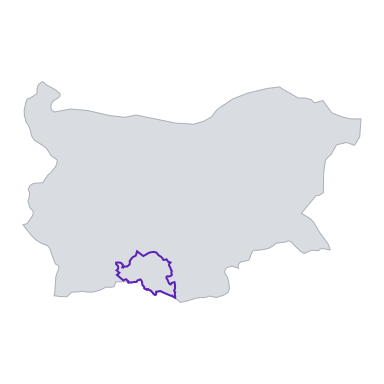 where Smolyan sits in Bulgaria
{"feature_id": "BGR-2236", "entity_name": "Smolyan", "entity_type": "Province", "adm_level": 1, "iso_a3": "BGR", "parent_name": "Bulgaria", "parent_adm1": "", "projection": "mercator", "projection_center": [24.659, 41.628], "detail": "fine", "context": "in_parent", "style": "outline", "palette": "violet", "viewbox_px": 384, "rotation_deg": 0, "n_neighbors": 0, "source": "natural_earth", "source_scale": "10m", "svg_char_len": 3851}
<svg xmlns="http://www.w3.org/2000/svg" viewBox="0 0 384 384"><path d="M330.1,249.9L322.7,248.6L320.2,249.0L318.5,250.8L315.1,250.4L310.9,250.4L306.5,252.5L304.1,253.4L300.8,251.5L294.8,245.8L291.1,241.8L288.4,240.8L285.6,242.0L275.8,243.3L273.4,245.7L268.9,248.2L264.3,249.4L257.8,250.3L254.3,250.2L252.4,251.4L250.7,255.1L249.6,258.8L248.7,260.2L240.5,262.0L238.7,264.1L238.2,266.2L238.4,268.2L231.8,266.2L226.8,267.6L225.6,269.1L224.6,271.4L225.1,273.8L227.0,276.1L228.8,282.3L229.4,288.6L228.3,292.2L224.6,294.7L216.8,297.5L209.3,296.1L206.0,297.3L200.5,297.6L195.4,298.3L187.5,300.9L180.4,302.4L174.1,297.2L166.5,293.6L158.5,291.5L155.8,293.1L154.6,294.3L147.9,289.7L145.0,288.0L143.5,286.3L140.8,280.1L139.1,279.9L133.6,282.2L128.4,282.1L125.2,281.7L115.7,281.9L114.5,286.1L113.3,286.8L111.3,287.3L106.2,287.1L99.8,290.2L92.9,292.1L87.6,292.1L82.0,291.2L78.7,291.9L71.5,292.2L67.0,296.7L59.9,296.5L54.0,295.7L54.7,294.3L55.9,276.3L58.9,268.2L58.8,266.5L58.1,265.3L55.5,264.0L53.6,259.6L49.7,248.1L47.5,245.7L41.4,243.3L36.0,240.0L31.4,235.6L23.0,224.7L27.3,223.6L28.5,221.4L32.8,215.4L33.2,212.4L32.8,210.8L30.0,207.9L28.0,201.6L29.5,195.6L29.6,192.6L28.2,189.6L29.7,185.8L32.7,183.8L34.6,183.2L42.6,182.8L47.7,175.2L50.8,172.8L54.0,168.5L55.4,167.0L56.8,163.6L57.3,160.2L51.0,155.5L48.8,151.9L46.0,147.9L42.1,145.1L34.4,140.4L31.4,135.6L30.1,129.4L28.0,124.6L25.8,121.6L25.4,119.0L24.4,116.0L24.2,109.9L26.0,101.8L27.2,99.0L29.8,98.2L36.8,93.9L37.1,88.3L38.3,84.9L40.6,82.9L42.6,81.6L46.4,84.8L55.6,89.9L60.1,93.7L59.9,96.0L57.8,98.3L53.8,100.5L51.4,103.5L50.8,107.1L51.4,109.7L54.2,112.0L70.7,109.0L87.5,110.5L110.0,115.6L125.0,117.3L136.0,115.0L156.5,119.2L175.5,123.1L193.8,124.2L204.0,121.2L211.2,117.0L217.4,109.3L232.7,99.0L247.5,93.2L266.9,88.5L279.8,86.9L281.7,88.5L298.2,98.0L305.5,98.0L311.4,99.7L313.6,102.2L315.1,102.8L323.0,100.5L326.5,105.7L332.0,112.9L341.3,116.6L349.6,118.7L352.2,119.0L361.0,118.9L359.7,136.9L354.5,145.3L346.6,142.5L336.5,144.8L331.2,154.3L328.1,157.1L325.4,160.4L323.7,172.6L323.3,192.7L319.4,195.1L315.9,195.8L301.4,213.4L309.8,218.3L313.5,222.0L319.6,232.4L328.3,244.2L330.1,249.9Z" fill="#d9dde1" stroke="#a8b0b8" stroke-width="1"/><path d="M128.7,282.8L128.2,282.6L128.1,282.2L128.3,281.6L128.2,281.0L127.1,280.3L126.3,279.3L125.3,279.4L124.3,279.9L123.4,280.4L116.9,274.9L118.3,274.0L119.4,272.7L117.9,271.7L117.4,270.8L116.6,270.4L118.2,268.7L118.1,266.4L117.3,265.3L116.3,264.5L116.1,262.7L118.1,262.4L120.8,262.8L122.9,264.8L122.7,266.1L122.3,267.4L123.3,267.5L124.3,266.5L127.4,266.4L129.7,264.3L129.8,260.9L132.1,257.7L133.6,256.7L135.7,255.7L136.5,253.3L137.1,251.3L143.2,256.0L145.7,254.8L148.4,253.0L151.2,252.2L153.9,251.9L156.5,252.6L158.5,255.2L160.9,256.7L162.2,257.9L163.3,259.9L165.0,259.8L166.5,259.3L168.5,262.1L169.6,262.1L170.5,262.5L169.5,263.6L168.9,265.0L169.5,266.3L170.4,267.6L171.0,270.0L171.8,270.8L171.4,272.2L171.5,273.9L171.9,274.5L171.7,275.1L170.4,276.1L168.9,276.5L167.6,276.2L166.5,276.7L166.5,278.3L167.5,279.6L168.3,281.8L169.4,283.9L170.7,284.5L171.6,283.0L174.5,282.2L175.1,285.5L174.8,286.5L175.1,287.1L174.9,288.9L174.1,290.5L174.6,291.4L175.2,292.3L174.9,292.9L174.8,293.6L175.2,297.0L175.2,297.8L173.1,296.8L172.9,296.6L172.5,295.9L172.4,295.7L172.1,295.7L171.2,295.9L162.3,292.1L160.7,291.1L160.0,291.0L159.4,291.1L158.3,291.5L156.2,291.7L156.0,292.6L156.2,293.9L155.7,294.9L154.6,294.9L153.4,293.8L151.6,291.4L150.6,290.5L149.6,290.0L148.5,289.8L147.3,289.8L147.6,289.1L145.7,289.2L145.0,289.0L144.1,288.2L144.1,287.9L144.2,287.1L144.2,286.8L144.0,286.5L143.4,286.2L143.2,286.0L142.9,285.6L142.7,285.3L142.4,285.0L142.3,284.4L142.1,282.4L141.4,280.5L140.3,279.4L138.8,280.1L137.6,280.3L136.5,281.9L135.7,282.1L134.5,281.9L133.7,282.0L131.9,282.5L131.4,282.6L129.9,282.4L129.5,282.5L129.1,282.7L128.7,282.8Z" fill="none" stroke="#5b21b6" stroke-width="2"/></svg>